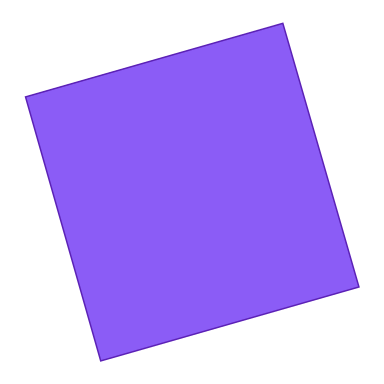 Hansford, Texas, United States of America, rotated 344°
{"feature_id": "52423323B90257338049784", "entity_name": "Hansford", "entity_type": "district", "adm_level": 2, "iso_a3": "USA", "parent_name": "United States of America", "parent_adm1": "Texas", "projection": "albers", "projection_center": [-101.355, 36.277], "detail": "fine", "context": "isolated", "style": "filled", "palette": "violet", "viewbox_px": 384, "rotation_deg": 344, "n_neighbors": 0, "source": "geoboundaries", "source_scale": "gbopen_adm2", "svg_char_len": 237}
<svg xmlns="http://www.w3.org/2000/svg" viewBox="0 0 384 384"><g transform="rotate(344 192 192)"><path d="M58.2,54.7L57.7,329.2L326.3,329.3L326.3,327.8L325.8,54.9L58.2,54.7Z" fill="#8b5cf6" stroke="#5b21b6" stroke-width="1.5"/></g></svg>